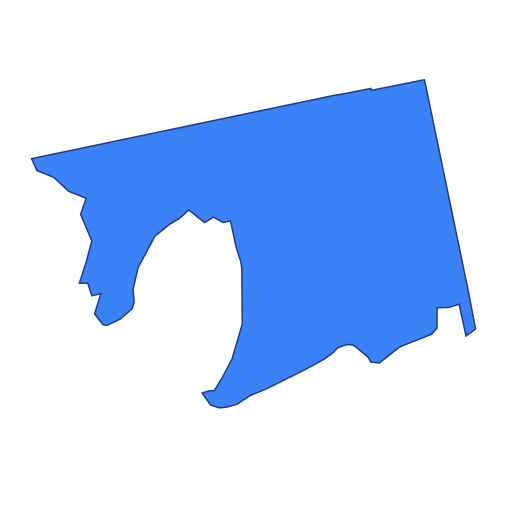 the district of Chambers, Texas, United States of America, rotated 349°
{"feature_id": "52423323B38827881811881", "entity_name": "Chambers", "entity_type": "district", "adm_level": 2, "iso_a3": "USA", "parent_name": "United States of America", "parent_adm1": "Texas", "projection": "natural_earth1", "projection_center": [-94.702, 29.707], "detail": "fine", "context": "isolated", "style": "filled", "palette": "blue", "viewbox_px": 512, "rotation_deg": 349, "n_neighbors": 0, "source": "geoboundaries", "source_scale": "gbopen_adm2", "svg_char_len": 972}
<svg xmlns="http://www.w3.org/2000/svg" viewBox="0 0 512 512"><g transform="rotate(349 256 256)"><path d="M86.5,282.1L92.8,294.4L96.6,295.6L111.0,291.9L124.2,284.2L127.5,278.3L129.0,265.3L138.0,245.0L160.5,217.3L175.9,209.0L189.2,203.9L198.8,198.0L211.9,213.4L221.8,209.7L229.9,216.8L237.7,216.7L238.2,243.7L240.0,258.9L239.6,266.0L229.5,320.2L212.9,352.4L199.6,369.0L189.4,380.2L184.0,379.4L176.9,380.2L183.1,393.8L191.0,398.0L198.0,398.8L209.0,397.9L223.4,391.9L240.5,388.5L282.8,376.8L303.7,370.1L313.5,365.5L318.8,361.6L329.1,360.3L334.0,361.8L336.4,364.1L346.9,376.9L348.5,382.1L356.7,384.5L380.1,372.5L413.4,366.3L419.9,361.3L423.9,341.3L435.5,343.3L446.2,342.1L446.9,374.6L457.6,369.6L457.7,330.9L455.0,115.1L400.8,115.4L400.8,113.5L369.4,113.5L363.6,113.2L54.3,117.6L57.2,130.3L72.5,140.2L84.4,156.7L100.3,166.9L91.8,181.6L97.7,209.8L88.2,229.5L77.4,249.0L85.6,250.5L87.3,263.7L96.5,263.4L86.5,282.1Z" fill="#3b82f6" stroke="#1e3a8a" stroke-width="1.5"/></g></svg>